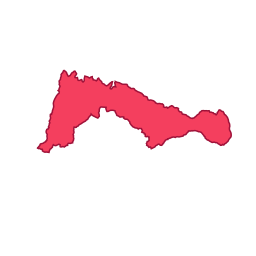 Dos de Mayo, Huánuco, Peru, rotated 39°
{"feature_id": "86281439B79101978264301", "entity_name": "Dos de Mayo", "entity_type": "district", "adm_level": 2, "iso_a3": "PER", "parent_name": "Peru", "parent_adm1": "Huánuco", "projection": "albers", "projection_center": [-76.617, -9.7], "detail": "fine", "context": "isolated", "style": "filled", "palette": "rose", "viewbox_px": 256, "rotation_deg": 39, "n_neighbors": 0, "source": "geoboundaries", "source_scale": "gbopen_adm2", "svg_char_len": 5754}
<svg xmlns="http://www.w3.org/2000/svg" viewBox="0 0 256 256"><g transform="rotate(39 128 128)"><path d="M70.4,200.6L71.7,200.2L71.9,199.8L72.3,199.4L73.1,199.5L74.0,199.1L74.6,198.5L75.2,198.7L75.8,199.6L76.9,199.6L78.1,199.3L78.6,199.1L79.9,197.9L82.0,196.7L81.4,195.6L80.8,193.6L80.9,192.9L81.2,192.5L81.1,191.7L81.4,190.6L80.9,189.8L80.5,188.0L81.8,187.9L82.4,187.4L83.0,187.2L84.5,184.1L85.8,183.7L86.6,184.8L87.1,185.2L87.9,184.9L89.1,183.4L90.5,182.8L90.5,182.2L90.8,181.8L91.1,180.3L92.0,179.5L91.4,178.9L91.2,177.5L93.2,176.0L93.5,175.3L94.3,174.3L93.6,173.6L93.5,172.1L93.1,171.8L92.7,170.5L91.2,169.3L90.6,168.3L89.5,167.7L88.9,165.6L88.2,164.8L87.5,164.5L87.1,163.5L86.4,162.8L85.5,161.3L86.1,160.8L86.9,160.6L87.4,159.9L87.3,159.1L88.1,157.6L87.9,156.8L88.1,155.9L88.8,154.4L89.6,151.7L90.6,149.4L90.6,147.7L91.1,147.1L91.2,146.6L90.8,144.8L90.8,143.2L91.0,141.2L90.6,140.4L91.8,140.6L93.9,140.4L94.5,140.1L95.8,140.0L96.5,139.7L98.1,139.4L98.4,139.0L98.2,138.2L98.4,137.2L98.2,136.8L97.0,135.6L95.5,134.6L95.2,133.2L94.1,131.8L93.6,130.7L93.5,129.2L94.0,128.5L98.0,125.7L98.5,126.8L100.2,127.9L101.2,128.4L102.0,127.8L103.2,125.4L103.7,124.9L105.0,123.8L107.0,122.8L107.9,123.5L110.5,124.6L111.1,125.1L111.6,125.2L113.0,124.7L114.9,124.6L116.4,123.0L117.5,122.3L118.0,122.2L118.3,123.0L119.7,123.0L120.3,122.9L121.6,121.9L122.3,121.6L125.6,122.2L126.4,123.0L128.7,123.7L131.3,124.0L132.6,123.5L133.4,123.5L135.1,122.4L135.7,122.3L136.6,122.4L136.6,121.9L136.9,121.4L138.8,120.0L139.5,120.5L140.7,120.8L141.3,122.6L142.0,122.5L142.9,121.8L143.6,121.8L144.3,122.4L145.3,121.9L146.6,123.6L147.6,123.4L148.3,122.4L148.7,122.1L149.9,122.2L150.2,121.9L150.6,122.6L152.2,124.5L152.0,125.7L151.4,126.4L152.0,127.6L152.0,128.4L153.0,128.9L153.4,129.7L154.8,129.4L156.4,129.9L157.2,128.8L157.5,128.6L159.1,129.5L160.8,125.8L160.7,124.2L161.3,123.2L161.4,122.2L161.7,121.6L162.2,121.0L163.9,121.1L165.0,120.3L165.3,119.0L165.0,118.5L165.0,117.8L165.2,117.4L164.9,115.8L165.0,114.9L164.7,114.2L165.3,112.7L166.1,111.9L165.7,111.4L166.3,110.8L166.6,109.9L167.1,109.4L167.6,108.5L167.7,107.9L168.1,107.6L168.7,106.6L170.0,105.8L170.7,105.6L171.1,104.5L171.7,103.8L173.3,102.8L175.9,99.6L175.7,98.9L175.9,98.0L176.5,97.5L177.1,96.5L176.9,95.5L177.2,93.1L176.9,92.3L177.5,92.0L177.7,91.4L178.7,90.9L179.4,89.8L179.9,89.7L181.1,88.4L181.9,87.7L184.2,86.7L185.0,86.6L185.7,86.0L187.7,85.3L191.6,86.1L192.5,86.5L193.2,86.3L194.2,87.2L197.3,87.4L197.9,86.9L199.9,86.8L202.4,86.3L202.9,85.9L203.3,85.3L204.3,84.5L205.5,84.2L205.8,83.8L206.8,83.4L208.3,83.5L209.7,83.0L210.6,83.3L211.0,83.1L211.7,82.3L211.8,81.3L212.8,81.2L213.2,80.7L213.0,79.6L213.7,78.3L213.7,77.3L214.1,75.5L213.6,73.5L213.6,70.1L213.0,69.0L211.9,67.7L210.6,66.7L208.1,65.6L206.8,64.2L206.1,62.7L204.9,61.4L203.9,60.6L202.6,60.1L200.8,58.5L198.6,57.2L195.6,56.5L194.5,56.8L193.4,56.1L191.5,55.4L190.1,56.2L188.9,55.9L187.8,56.3L187.4,56.9L187.8,58.6L187.6,59.8L188.2,60.4L188.2,62.3L187.9,62.4L186.7,62.1L186.0,62.8L184.7,62.5L184.2,62.9L182.7,63.3L181.8,64.2L181.4,64.2L180.8,63.7L180.2,63.5L178.9,64.7L177.9,65.3L176.7,66.4L175.9,66.8L174.5,68.1L174.3,69.5L173.8,70.8L174.3,72.2L173.6,74.2L173.4,76.5L173.1,77.4L173.0,78.6L172.8,79.0L172.2,79.3L172.1,80.0L171.2,80.5L169.6,81.1L167.6,81.0L167.0,81.4L166.0,81.4L165.1,81.2L164.4,81.4L163.3,82.1L162.6,82.2L162.3,82.7L161.4,83.0L159.7,82.0L159.1,82.1L158.2,82.8L156.6,82.7L155.5,82.1L155.1,81.2L154.5,81.1L154.0,81.3L153.1,81.5L152.6,82.1L151.6,82.8L150.7,83.0L149.0,82.8L148.0,83.1L147.6,83.5L147.5,84.4L147.0,84.9L146.8,86.4L146.5,86.7L146.3,87.5L146.1,87.7L145.5,87.3L144.8,87.4L144.4,88.1L143.4,89.0L142.8,89.0L142.3,89.2L141.9,88.4L140.9,87.7L139.3,87.7L138.8,88.3L137.2,89.0L135.4,90.7L134.5,90.8L133.6,91.2L133.3,90.9L132.0,90.7L130.4,90.9L128.1,91.9L127.6,92.3L127.3,92.9L125.8,93.5L124.0,92.3L123.1,91.9L119.9,93.2L119.1,92.7L117.8,92.7L117.1,92.4L113.6,93.3L113.1,93.6L110.7,93.9L110.2,94.2L108.1,93.6L107.2,93.9L106.1,95.0L104.9,95.6L103.9,95.3L103.2,95.7L101.2,95.6L100.6,95.0L99.6,94.8L96.4,97.3L95.5,97.7L92.7,98.3L90.6,99.4L88.9,99.8L89.2,100.1L89.1,100.9L89.3,101.4L90.3,101.9L91.3,103.1L92.5,103.7L91.0,104.8L90.5,105.6L90.6,107.9L90.2,108.3L89.3,108.6L88.9,108.1L88.7,107.1L88.7,106.0L88.1,104.3L87.4,103.2L86.8,101.8L86.4,102.2L86.3,103.0L85.9,104.0L85.3,107.9L84.7,108.8L83.2,109.1L81.8,108.9L80.1,109.5L79.4,109.3L78.3,108.6L75.5,108.4L73.8,107.7L73.5,108.3L73.4,108.9L73.9,110.5L73.7,111.3L72.2,111.6L70.6,112.5L70.3,112.3L69.9,111.8L68.9,111.7L67.9,110.6L67.1,111.7L66.7,113.3L66.3,113.5L64.7,113.6L61.8,114.8L62.9,117.1L64.2,118.8L64.3,120.2L64.0,120.6L63.1,120.6L62.0,119.7L61.5,119.6L61.2,119.8L60.5,121.4L59.4,122.3L58.9,122.2L56.9,120.6L56.1,121.5L55.1,122.1L54.7,121.8L54.2,121.0L54.2,118.9L53.7,118.0L51.9,117.6L51.5,117.3L50.9,117.2L50.3,118.0L50.3,119.5L49.8,119.9L49.7,120.9L50.0,123.7L49.1,125.4L47.9,125.1L47.1,124.4L46.2,124.4L45.4,123.6L43.6,123.3L42.9,123.6L42.1,123.5L41.9,123.9L41.9,124.5L42.5,126.3L42.2,127.1L42.4,128.7L43.4,129.6L44.1,131.6L44.9,132.7L44.9,134.8L45.7,135.7L46.4,136.1L47.0,137.4L48.9,138.3L49.7,140.8L50.3,141.8L50.1,142.9L50.9,142.9L51.8,143.1L52.5,144.3L52.5,144.8L52.2,145.5L52.2,147.9L52.8,151.4L53.4,153.6L54.0,155.0L54.5,155.9L56.6,157.9L57.3,159.1L58.6,162.6L59.3,163.3L59.4,164.6L60.0,165.5L59.2,165.9L59.1,166.3L59.7,167.0L60.0,167.7L60.5,168.0L61.6,169.0L62.3,170.7L62.4,172.2L64.1,173.2L64.1,174.2L64.9,175.3L65.4,177.1L65.6,177.4L66.2,177.3L66.6,178.9L66.0,179.5L65.8,180.3L66.2,181.3L66.3,181.9L67.3,183.0L68.0,183.4L69.2,183.7L70.1,185.3L71.8,186.9L72.3,188.2L72.7,188.7L72.7,189.4L72.3,189.9L72.7,190.7L72.0,191.6L71.8,193.0L70.0,195.5L70.1,196.4L70.6,197.2L70.3,198.3L70.4,199.4L70.2,200.2L70.4,200.6Z" fill="#f43f5e" stroke="#9f1239" stroke-width="1.5"/></g></svg>